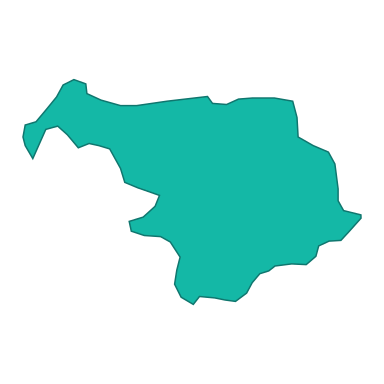 the district of Seocheon-gun, South Chungcheong, South Korea
{"feature_id": "91817680B6691327376510", "entity_name": "Seocheon-gun", "entity_type": "district", "adm_level": 2, "iso_a3": "KOR", "parent_name": "South Korea", "parent_adm1": "South Chungcheong", "projection": "mercator", "projection_center": [126.683, 36.089], "detail": "fine", "context": "isolated", "style": "filled", "palette": "teal", "viewbox_px": 384, "rotation_deg": 0, "n_neighbors": 0, "source": "geoboundaries", "source_scale": "gbopen_adm2", "svg_char_len": 969}
<svg xmlns="http://www.w3.org/2000/svg" viewBox="0 0 384 384"><path d="M207.5,96.5L167.1,101.2L136.7,105.6L120.5,105.6L101.0,100.1L86.9,93.6L85.8,83.9L73.9,79.6L63.1,85.0L56.6,96.9L46.9,108.8L36.0,121.8L25.2,125.0L23.0,137.0L25.2,145.6L32.8,158.6L45.8,129.4L57.7,126.1L67.4,134.8L78.3,147.8L89.1,143.5L98.8,145.6L109.7,148.9L120.5,168.4L124.8,182.4L137.8,187.8L159.5,195.4L155.1,206.3L143.2,217.1L129.2,221.4L131.3,231.2L144.3,235.5L160.6,236.6L170.3,242.0L180.1,257.1L176.8,270.1L174.6,284.2L181.1,297.2L193.3,304.4L199.5,296.5L214.7,297.9L225.1,300.0L235.5,301.4L246.6,293.1L252.2,282.7L259.8,273.7L268.8,270.9L275.0,266.0L291.7,263.9L306.2,264.6L315.9,256.3L318.7,245.9L329.1,241.1L340.9,240.4L349.2,231.4L361.0,218.2L360.9,214.9L343.6,210.6L338.1,200.8L338.1,188.9L334.9,164.0L328.4,152.1L313.2,145.6L298.1,137.0L297.0,117.5L292.7,101.2L274.3,98.0L252.6,98.0L238.5,99.1L226.6,104.5L212.5,103.4L207.5,96.5Z" fill="#14b8a6" stroke="#0f766e" stroke-width="1.5"/></svg>